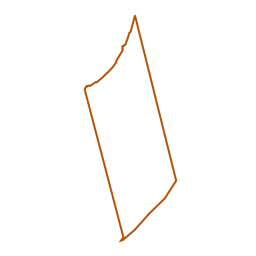 21, Ad Dawhah, Qatar, rotated 256°
{"feature_id": "91078587B24677998302133", "entity_name": "21", "entity_type": "district", "adm_level": 2, "iso_a3": "QAT", "parent_name": "Qatar", "parent_adm1": "Ad Dawhah", "projection": "albers", "projection_center": [51.517, 25.298], "detail": "fine", "context": "isolated", "style": "outline", "palette": "amber", "viewbox_px": 256, "rotation_deg": 256, "n_neighbors": 0, "source": "geoboundaries", "source_scale": "gbopen_adm2", "svg_char_len": 594}
<svg xmlns="http://www.w3.org/2000/svg" viewBox="0 0 256 256"><g transform="rotate(256 128 128)"><path d="M120.6,162.0L235.6,162.0L226.3,156.9L220.6,153.8L220.2,152.5L215.1,149.4L209.6,145.6L209.5,144.4L208.6,143.6L208.5,142.2L207.1,142.3L206.2,141.6L204.9,141.8L195.9,132.8L194.7,132.6L191.8,129.2L189.0,125.4L187.2,122.4L183.2,115.4L179.9,108.7L180.3,107.7L178.0,101.6L178.7,100.4L178.3,99.2L178.8,98.0L177.7,97.5L177.3,96.3L176.1,95.6L176.0,95.3L23.1,97.1L20.4,94.0L20.5,95.8L27.6,110.0L39.9,128.0L50.8,146.7L65.3,162.0L120.6,162.0Z" fill="none" stroke="#b45309" stroke-width="2"/></g></svg>